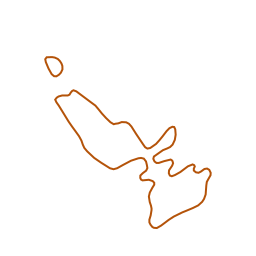 Sokh, Ferghana, Uzbekistan, rotated 329°
{"feature_id": "79887680B62053175719936", "entity_name": "Sokh", "entity_type": "district", "adm_level": 2, "iso_a3": "UZB", "parent_name": "Uzbekistan", "parent_adm1": "Ferghana", "projection": "natural_earth1", "projection_center": [71.105, 40.075], "detail": "fine", "context": "isolated", "style": "outline", "palette": "amber", "viewbox_px": 256, "rotation_deg": 329, "n_neighbors": 0, "source": "geoboundaries", "source_scale": "gbopen_adm2", "svg_char_len": 1961}
<svg xmlns="http://www.w3.org/2000/svg" viewBox="0 0 256 256"><g transform="rotate(329 128 128)"><path d="M93.1,69.1L88.3,66.2L84.7,65.2L82.5,65.3L80.2,66.2L79.9,69.1L80.2,73.2L80.3,82.2L80.4,92.0L80.8,98.1L81.3,103.6L81.8,109.7L81.6,114.8L80.7,119.0L80.3,122.6L81.0,127.0L83.6,136.2L87.2,144.1L91.8,153.2L94.4,155.9L98.0,156.9L104.6,157.1L113.8,157.6L121.3,159.3L123.8,160.4L125.8,162.4L126.2,166.0L125.1,169.5L124.0,172.3L121.6,173.9L117.5,174.3L114.1,175.1L112.8,177.1L112.6,178.9L113.5,180.4L119.2,183.1L121.8,186.2L122.3,188.4L121.3,190.1L118.2,191.7L113.5,194.5L110.6,197.5L108.5,202.7L107.7,206.4L106.7,209.2L105.8,210.6L102.4,214.6L99.1,217.6L97.7,220.0L97.5,222.5L97.9,225.4L98.8,226.9L101.2,228.6L106.0,228.7L110.1,228.3L115.7,227.7L121.6,227.5L131.1,228.3L135.5,229.0L142.4,230.0L148.3,230.5L153.5,229.5L156.6,228.0L160.3,225.0L163.4,220.6L165.6,217.5L167.8,214.8L170.5,213.2L174.4,211.0L175.8,209.0L176.1,205.7L174.9,203.5L172.4,202.5L168.0,202.9L165.4,202.7L163.4,201.0L162.5,198.4L163.5,196.7L165.4,195.4L165.6,194.0L164.6,192.5L159.6,191.7L150.2,192.7L144.0,192.5L140.7,191.9L139.4,190.3L139.7,187.8L141.4,185.4L146.5,183.0L148.5,181.4L149.1,179.3L148.9,178.1L148.3,177.0L141.8,175.0L136.4,173.8L134.4,172.6L133.5,170.3L133.8,167.5L135.5,165.8L142.2,165.3L146.6,165.0L151.0,165.7L154.3,166.0L157.7,165.2L162.0,162.3L165.4,158.3L167.8,153.5L168.1,151.0L166.7,149.8L163.4,149.5L159.3,150.6L153.5,152.9L148.5,154.7L143.9,156.1L136.8,156.6L134.0,155.6L132.8,153.3L132.5,149.3L131.9,137.2L131.7,128.5L131.0,124.9L129.4,122.2L125.7,119.7L122.0,119.0L119.5,117.9L117.7,117.4L115.9,114.0L114.3,108.1L113.1,102.2L112.3,96.4L111.6,92.0L109.6,87.2L103.8,73.0L102.6,70.0L100.7,67.6L99.2,67.5L97.3,68.1L95.0,69.3L93.1,69.1ZM99.0,46.0L102.0,44.0L103.7,41.0L104.2,38.4L104.1,35.5L103.4,32.7L101.5,29.9L99.4,28.1L94.7,25.5L92.5,26.4L91.5,29.2L90.5,36.1L90.3,42.5L91.3,45.5L93.2,46.8L96.2,46.8L99.0,46.0Z" fill="none" stroke="#b45309" stroke-width="2"/></g></svg>